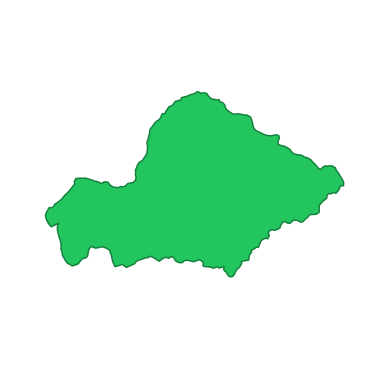 the district of Novo Horizonte do Norte, Mato Grosso, Brazil, rotated 161°
{"feature_id": "56859067B35028865245170", "entity_name": "Novo Horizonte do Norte", "entity_type": "district", "adm_level": 2, "iso_a3": "BRA", "parent_name": "Brazil", "parent_adm1": "Mato Grosso", "projection": "natural_earth1", "projection_center": [-57.299, -11.385], "detail": "fine", "context": "isolated", "style": "filled", "palette": "green", "viewbox_px": 384, "rotation_deg": 161, "n_neighbors": 0, "source": "geoboundaries", "source_scale": "gbopen_adm2", "svg_char_len": 3938}
<svg xmlns="http://www.w3.org/2000/svg" viewBox="0 0 384 384"><g transform="rotate(161 192 192)"><path d="M132.7,263.7L134.0,266.6L136.3,268.3L136.3,270.5L138.5,270.8L140.8,272.4L142.7,273.1L144.0,275.0L145.1,276.9L146.1,280.6L148.9,282.1L151.0,282.2L152.5,283.7L154.0,285.1L155.8,284.8L157.4,284.2L160.5,284.4L163.2,284.5L166.0,284.1L168.5,284.5L171.3,284.5L172.7,282.6L174.8,282.8L178.4,283.1L180.2,281.7L181.8,280.5L183.6,280.1L186.1,280.0L188.0,278.5L190.2,277.0L192.1,275.0L194.6,275.6L196.0,274.5L197.3,272.5L200.1,271.0L202.6,270.4L204.3,269.7L205.9,268.4L208.4,266.8L211.1,265.0L212.6,262.6L213.4,260.3L214.7,259.1L215.7,257.0L217.8,254.7L218.8,252.5L219.1,249.6L219.9,247.7L221.6,244.1L223.8,241.4L225.9,240.2L228.1,238.2L230.6,237.5L232.3,237.2L234.9,235.1L236.8,232.7L238.3,231.2L238.9,228.9L239.9,226.6L240.2,223.6L242.0,221.3L244.7,220.1L247.2,220.6L250.2,220.8L253.1,219.3L255.4,219.4L257.9,220.4L260.4,220.1L262.8,221.3L264.9,222.4L267.5,225.6L268.1,228.4L270.2,229.7L271.9,230.2L274.5,229.2L276.3,231.1L278.1,232.6L280.6,234.0L282.3,235.5L283.7,236.5L285.8,238.2L288.3,239.9L291.8,240.9L293.4,241.6L295.6,242.1L297.2,242.5L299.6,240.7L300.5,237.7L304.4,235.1L309.6,231.9L311.6,231.0L313.7,230.2L315.9,228.6L318.1,227.4L322.7,225.8L325.4,225.2L328.2,223.0L330.1,222.8L331.9,223.8L334.1,222.0L336.4,220.1L338.3,217.3L338.6,214.5L338.5,212.2L338.0,209.4L337.2,206.7L336.4,205.0L328.7,205.8L330.3,203.4L331.3,201.2L331.7,199.3L332.0,196.8L332.1,194.8L332.3,192.1L332.3,189.2L332.6,186.3L333.3,183.3L334.7,180.4L334.3,178.5L335.1,174.3L334.6,171.4L333.8,167.5L332.7,164.9L331.4,163.7L329.7,161.5L328.2,160.9L326.1,161.1L324.0,161.0L322.4,161.5L320.5,162.8L317.6,164.6L315.8,164.4L313.7,164.4L311.7,165.4L310.0,168.2L308.2,171.5L305.0,173.3L301.6,170.4L298.9,169.9L296.0,169.7L293.8,168.9L291.0,166.5L288.9,163.9L288.9,161.1L289.0,157.0L289.5,153.0L289.5,149.8L289.1,146.6L286.9,146.3L284.1,146.2L281.3,146.3L280.2,144.2L278.4,142.0L275.2,142.4L272.0,142.6L269.9,142.8L266.9,144.7L264.4,144.8L262.2,144.9L259.5,144.8L257.1,144.9L255.1,144.2L252.7,145.0L250.0,142.8L247.8,139.9L245.5,137.2L242.8,138.1L240.1,138.8L237.8,138.7L235.6,136.9L233.0,137.6L230.7,136.3L230.5,134.4L229.9,132.4L228.5,130.6L226.8,129.2L224.1,128.4L221.8,129.5L219.4,129.3L216.8,127.9L213.3,125.6L210.9,125.4L207.8,125.9L205.4,124.0L204.5,121.8L205.6,118.5L204.1,117.2L201.4,116.2L198.5,114.7L197.1,113.2L194.8,113.0L192.4,113.0L191.1,111.2L188.7,111.2L186.1,110.9L187.2,109.0L187.0,107.0L185.7,105.1L185.4,103.0L184.7,100.5L183.4,99.3L181.0,98.9L178.7,100.4L177.3,102.1L174.4,104.3L171.6,105.4L169.9,106.8L168.2,108.4L167.8,110.3L160.5,109.2L159.2,112.0L157.8,114.1L155.8,115.2L154.2,117.9L151.8,117.9L149.5,118.7L147.0,118.3L142.6,123.4L140.6,124.1L138.1,124.4L135.4,123.2L133.1,125.7L133.1,128.6L131.1,130.3L127.9,130.1L126.6,128.9L123.6,128.8L120.7,129.3L119.0,131.6L115.9,134.0L113.0,133.3L111.6,131.2L109.5,130.5L107.1,131.6L105.0,132.3L102.8,131.4L101.2,130.5L100.2,129.1L98.6,128.0L96.8,127.8L94.0,129.3L91.2,130.2L88.3,132.2L85.6,131.6L82.6,130.7L80.4,130.7L78.2,131.6L77.0,135.6L75.5,138.4L72.7,139.9L70.9,140.9L69.2,141.3L66.7,142.3L65.4,144.9L63.5,146.0L61.3,145.1L58.5,145.5L56.3,144.0L54.0,145.2L51.7,147.0L49.8,149.4L46.7,148.7L45.4,151.7L46.0,156.2L46.6,158.6L47.5,162.6L48.5,165.1L48.6,168.3L51.3,171.2L54.1,172.2L56.0,172.5L58.1,173.4L60.7,172.7L62.8,171.4L64.6,173.1L65.9,176.3L66.6,178.3L68.0,180.6L69.0,183.5L70.6,185.5L72.1,186.9L74.5,188.7L76.2,190.9L78.6,192.3L80.7,193.2L82.5,194.4L84.4,196.6L85.6,200.4L87.5,202.9L89.9,205.3L93.0,207.1L95.2,209.5L93.7,212.6L91.8,214.4L91.6,216.8L93.4,218.6L99.5,219.5L102.0,220.7L104.2,222.1L105.8,223.5L108.1,225.9L109.6,227.3L111.5,229.3L112.7,231.9L112.8,235.1L112.3,237.2L112.2,241.1L112.3,243.9L114.9,246.8L117.6,247.9L119.9,249.3L122.3,250.7L124.8,251.4L126.6,251.6L128.4,253.0L129.9,254.9L132.3,258.3L132.9,260.8L132.7,263.7Z" fill="#22c55e" stroke="#15803d" stroke-width="1.5"/></g></svg>